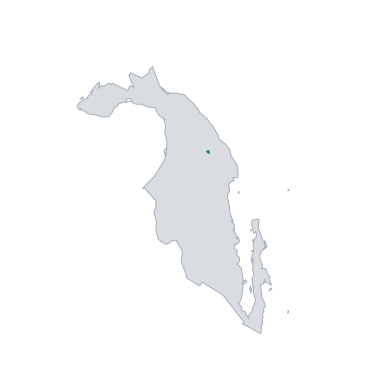 Tzintzuntzan, Michoacán, Mexico shown in context, rotated 209°
{"feature_id": "50627088B10227189908038", "entity_name": "Tzintzuntzan", "entity_type": "district", "adm_level": 2, "iso_a3": "MEX", "parent_name": "Mexico", "parent_adm1": "Michoacán", "projection": "albers", "projection_center": [-101.539, 19.611], "detail": "fine", "context": "in_parent", "style": "filled", "palette": "teal", "viewbox_px": 384, "rotation_deg": 209, "n_neighbors": 0, "source": "geoboundaries", "source_scale": "gbopen_adm2", "svg_char_len": 4221}
<svg xmlns="http://www.w3.org/2000/svg" viewBox="0 0 384 384"><g transform="rotate(209 192 192)"><path d="M63.3,101.3L84.1,101.3L83.0,103.2L115.0,116.9L139.5,118.0L139.7,113.6L154.9,114.2L157.5,117.4L168.0,126.1L170.5,133.3L172.4,136.1L182.3,141.8L185.6,139.7L188.1,134.5L191.1,133.3L198.4,134.3L204.4,140.1L208.5,148.4L215.6,156.0L216.1,160.9L219.3,166.8L235.0,172.2L237.0,171.3L232.7,186.9L231.5,205.6L232.3,209.6L236.6,214.9L235.8,217.8L236.0,214.9L232.4,210.4L233.6,214.6L238.0,223.3L245.0,231.5L246.8,236.7L251.7,241.9L250.4,241.8L253.2,243.0L252.3,242.3L257.4,242.8L261.1,244.5L264.4,247.8L272.8,244.8L279.1,244.1L283.2,241.8L287.6,241.2L288.5,241.9L288.2,243.0L291.8,243.5L294.2,241.7L293.4,239.0L292.2,239.8L292.5,239.2L298.8,234.2L299.0,230.4L300.7,228.1L300.4,222.1L301.3,217.5L306.1,214.5L314.7,212.5L318.4,210.7L322.6,210.0L329.7,211.0L330.2,210.0L328.3,210.1L330.7,209.2L333.6,210.9L334.3,213.6L333.2,217.3L329.1,223.2L329.2,226.9L327.1,229.3L327.6,230.1L329.6,229.6L327.6,232.1L327.7,233.0L329.1,232.6L327.0,242.1L326.4,243.0L324.7,241.0L324.1,237.5L322.3,241.3L320.2,241.7L317.9,246.7L314.8,246.9L314.6,248.4L297.4,249.6L297.7,255.2L293.7,255.4L303.7,263.4L303.6,266.5L291.3,267.3L287.3,275.4L288.6,277.4L287.4,282.7L277.9,274.2L270.5,268.5L266.0,266.4L265.5,267.0L269.7,268.9L263.3,267.4L263.6,265.9L262.0,266.6L260.9,265.3L259.8,266.8L262.0,267.3L258.8,267.8L255.7,269.9L245.8,273.4L239.2,271.1L233.8,270.6L230.0,268.3L226.4,267.4L224.0,265.2L215.1,263.5L204.1,258.8L196.9,254.3L193.9,251.2L186.5,250.2L179.5,247.5L175.2,242.4L165.6,237.5L160.7,230.8L159.0,226.6L162.9,224.8L162.3,223.1L160.6,222.5L163.2,219.4L163.5,215.8L161.5,214.4L159.6,210.7L159.7,207.4L158.4,204.3L153.0,198.6L148.3,191.6L141.0,185.5L143.1,186.7L143.3,185.4L139.3,184.0L136.5,179.3L138.6,179.5L132.9,176.2L132.1,174.6L129.9,175.1L129.6,174.3L131.3,172.6L128.5,173.9L126.8,172.5L126.6,169.5L128.7,166.9L129.5,167.4L128.2,164.6L126.4,162.7L124.0,162.7L122.4,158.9L119.5,157.9L117.8,156.3L116.8,153.0L117.6,150.9L112.4,149.6L103.8,138.8L103.5,136.3L102.1,135.4L97.0,122.4L96.8,118.5L97.5,117.2L92.6,115.3L91.6,113.1L90.0,112.3L88.1,113.4L81.7,109.0L82.7,111.6L81.5,116.3L82.8,120.2L83.6,127.5L90.1,134.4L92.0,138.9L93.1,138.8L93.5,140.1L94.5,140.3L95.3,143.2L97.2,144.2L98.0,150.1L101.4,153.4L102.5,156.7L104.1,157.9L105.1,161.9L106.5,163.0L105.8,160.0L107.7,161.8L109.7,171.0L111.9,173.7L114.6,180.4L114.1,183.1L114.6,185.6L117.1,188.1L118.2,185.8L125.5,194.7L124.6,197.8L121.5,200.1L119.8,200.3L116.9,193.0L105.5,183.0L104.4,183.0L102.1,179.9L101.7,177.9L102.6,173.6L101.8,169.3L100.2,166.2L94.7,162.2L93.7,158.5L92.6,160.0L89.6,160.5L87.6,157.9L82.4,155.0L81.7,152.9L77.9,149.6L77.6,148.5L81.7,149.4L84.2,148.7L84.1,149.7L86.1,150.8L85.5,148.3L84.5,148.1L86.8,143.5L79.7,133.8L73.5,129.3L72.5,127.3L72.7,123.9L71.3,122.7L71.0,118.9L69.1,117.1L69.0,114.8L66.5,111.0L66.1,109.4L67.1,108.3L65.2,106.7L63.3,101.3ZM103.5,138.9L102.7,141.2L100.6,140.3L101.7,136.8L102.9,136.5L103.5,138.9ZM95.1,137.9L92.3,135.2L91.7,132.5L93.1,133.5L93.4,135.0L94.9,135.4L95.1,137.9ZM333.5,222.1L332.7,221.4L333.0,220.3L334.9,219.2L333.5,222.1ZM102.1,182.9L100.0,180.3L101.6,175.5L101.0,179.9L102.1,182.9ZM76.6,146.2L75.0,145.7L76.3,143.2L76.9,145.2L76.6,146.2ZM50.3,135.2L49.1,133.4L49.4,132.7L49.9,132.8L50.3,135.2ZM103.9,183.0L105.1,185.0L102.4,183.0L103.9,183.0ZM151.6,214.3L151.3,215.1L150.6,214.7L150.4,213.4L151.6,214.3ZM115.6,178.7L116.0,180.2L114.6,178.3L115.6,178.7ZM110.8,168.6L111.6,169.3L110.3,170.6L110.8,168.6ZM109.2,241.0L108.7,241.2L107.9,240.6L108.6,239.8L109.2,241.0ZM290.6,241.1L289.1,241.5L291.6,240.5L290.6,241.1ZM122.4,187.6L121.6,187.4L121.6,185.9L122.4,187.6Z" fill="#d9dde1" stroke="#a8b0b8" stroke-width="1"/><path d="M198.1,235.2L198.3,235.1L198.4,234.9L198.5,234.9L198.5,234.7L198.4,234.6L198.2,234.5L197.9,234.5L197.7,234.6L197.6,234.4L197.4,234.4L197.2,234.4L196.8,234.3L196.7,234.3L196.6,234.5L196.6,234.4L196.5,234.8L196.4,234.8L196.5,234.9L196.6,235.0L196.6,235.3L196.6,235.2L196.7,235.3L196.8,235.3L197.0,235.3L197.0,235.2L197.3,235.2L197.3,235.3L197.4,235.2L197.5,235.2L197.7,235.3L197.7,235.2L197.8,235.2L197.8,235.3L197.9,235.2L198.0,235.2L198.1,235.2Z" fill="#14b8a6" stroke="#0f766e" stroke-width="1.5"/></g></svg>